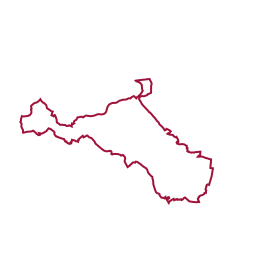 outline of Pauleni-Ciuc, Harghita, Romania, rotated 208°
{"feature_id": "2599482B85925505294604", "entity_name": "Pauleni-Ciuc", "entity_type": "district", "adm_level": 2, "iso_a3": "ROU", "parent_name": "Romania", "parent_adm1": "Harghita", "projection": "orthographic", "projection_center": [25.907, 46.396], "detail": "fine", "context": "isolated", "style": "outline", "palette": "rose", "viewbox_px": 256, "rotation_deg": 208, "n_neighbors": 0, "source": "geoboundaries", "source_scale": "gbopen_adm2", "svg_char_len": 5728}
<svg xmlns="http://www.w3.org/2000/svg" viewBox="0 0 256 256"><g transform="rotate(208 128 128)"><path d="M143.4,173.4L143.0,173.2L139.4,173.6L138.4,173.5L136.1,172.6L134.4,169.8L133.0,168.1L132.4,167.7L132.7,164.3L133.1,162.7L134.1,160.1L134.6,159.3L134.7,158.1L137.3,158.9L138.0,158.8L139.4,156.6L139.8,155.2L140.7,154.9L141.4,154.4L142.0,153.7L142.2,153.2L142.6,152.7L143.6,151.9L145.5,150.7L146.5,150.0L147.2,149.0L147.9,148.5L148.3,148.1L148.7,147.5L149.4,146.0L150.1,145.0L151.2,144.1L153.4,142.9L154.8,141.2L155.4,140.4L155.7,139.7L156.0,137.2L155.9,136.7L155.7,135.8L155.4,133.9L155.1,133.1L154.9,132.3L155.1,130.7L155.5,129.6L156.9,128.2L157.2,127.9L158.5,127.2L160.3,126.5L161.2,125.9L162.6,124.3L163.3,123.4L165.7,121.4L167.5,120.5L170.3,119.5L171.3,118.9L171.7,118.3L172.1,117.2L172.7,116.3L173.2,116.6L174.5,116.0L175.2,115.6L176.5,114.4L177.6,113.7L177.5,111.6L177.6,110.9L178.7,109.0L178.5,106.9L177.8,106.8L178.6,105.3L179.5,105.4L179.1,104.1L178.4,102.9L181.2,102.8L181.6,101.9L183.3,100.9L185.0,101.2L185.9,100.5L186.4,100.4L187.6,100.0L189.4,98.9L191.0,99.3L193.4,99.5L195.0,101.9L196.8,103.7L198.8,105.1L199.2,104.8L199.3,104.3L199.2,103.4L201.6,103.4L201.7,104.4L202.0,105.3L202.2,107.1L202.5,107.0L203.8,106.9L208.9,107.5L210.2,109.1L210.9,109.7L211.8,110.1L213.6,110.6L214.5,110.7L215.1,110.5L217.4,111.3L218.9,112.3L219.4,110.1L219.7,109.5L220.1,108.5L220.8,107.5L222.5,105.8L223.4,103.6L223.9,102.1L223.9,101.8L223.7,101.5L222.8,100.6L222.4,100.0L222.2,99.3L222.4,99.3L222.3,98.9L222.0,99.0L221.1,97.2L220.4,96.0L220.4,95.3L220.6,94.2L220.7,93.7L220.8,93.0L221.4,92.6L222.1,91.6L225.2,89.4L226.6,88.7L227.2,88.7L226.7,85.6L226.2,84.7L225.8,83.7L225.7,83.4L225.9,82.9L225.6,82.5L224.0,81.9L222.9,79.3L222.1,78.5L219.9,77.0L219.5,76.4L218.8,75.1L218.4,74.6L214.8,77.7L213.2,78.6L211.8,79.6L211.2,80.1L210.8,80.9L210.5,81.1L210.2,81.2L209.5,80.9L209.0,80.9L208.7,80.7L207.3,80.5L205.7,79.8L204.6,80.0L203.8,79.6L202.6,80.4L202.5,80.7L202.8,81.4L203.8,81.9L201.5,82.5L200.3,84.1L198.6,86.9L198.0,90.4L197.9,90.5L197.5,90.4L195.9,90.8L195.6,90.6L191.6,90.1L190.7,89.5L190.6,88.8L189.8,87.8L187.9,86.9L187.6,87.1L186.7,86.9L186.4,87.0L185.5,87.0L185.0,87.3L183.7,87.2L183.1,87.3L181.9,87.7L180.8,87.8L179.1,88.2L178.6,87.5L178.1,87.5L177.9,87.2L177.6,87.1L177.5,86.9L176.9,86.6L176.4,86.7L176.2,86.9L176.1,86.6L175.5,86.5L175.2,86.6L174.8,86.6L174.5,86.4L174.0,86.4L173.8,86.5L173.3,86.4L172.0,86.5L172.1,87.7L172.0,88.2L171.0,88.1L171.6,89.9L171.4,90.0L171.4,90.4L171.8,91.0L171.9,91.3L169.1,92.0L167.7,91.8L166.3,92.4L165.8,92.4L166.1,92.9L166.4,93.7L165.8,94.1L166.3,95.0L164.3,99.9L162.8,98.9L160.7,102.2L159.6,102.1L159.0,101.8L158.3,101.6L157.5,101.6L156.6,101.8L155.1,101.9L151.0,100.2L150.2,99.7L149.8,99.2L149.1,98.9L142.0,97.3L138.9,96.8L136.9,97.0L136.1,97.3L135.8,97.6L135.3,97.7L134.0,98.8L133.8,98.8L133.0,99.5L132.5,99.7L131.7,99.4L131.3,99.1L131.0,98.6L130.9,98.2L130.6,98.0L130.6,97.6L130.4,97.4L130.4,97.2L130.1,97.1L129.6,97.3L129.6,97.5L127.5,98.9L125.1,100.1L122.3,100.7L121.1,100.4L119.9,101.8L119.4,101.8L119.2,101.5L117.8,101.2L116.6,100.4L116.3,100.0L115.5,97.4L115.4,97.1L114.5,96.3L110.0,93.3L109.1,95.1L108.7,95.7L108.7,96.8L108.1,97.6L107.8,99.1L107.6,99.7L106.5,100.5L105.6,100.6L105.5,101.8L104.1,102.4L102.0,102.2L101.0,102.0L99.5,102.0L98.9,101.7L96.5,101.2L92.9,100.9L91.5,100.2L89.7,98.5L88.8,97.8L85.4,96.6L83.6,96.3L82.9,95.3L82.7,94.9L81.4,93.6L80.3,92.2L79.4,90.4L75.4,86.4L73.1,84.5L72.0,84.2L69.3,84.5L68.6,83.6L67.3,82.8L65.7,82.2L64.5,82.7L63.3,83.1L62.7,83.5L62.8,83.9L62.9,84.1L62.8,84.3L62.4,83.2L61.3,84.1L60.1,85.7L59.6,86.1L58.7,85.3L58.9,85.1L59.4,84.0L59.8,83.5L60.3,83.1L57.9,81.7L57.0,81.0L56.8,80.9L56.9,82.6L56.8,82.9L55.3,85.6L54.4,86.9L53.3,85.9L52.4,87.1L52.4,87.3L51.2,88.3L50.7,87.8L48.6,89.3L48.4,89.1L47.8,89.5L47.4,90.0L46.8,89.6L46.2,90.5L46.0,91.2L46.0,91.5L45.9,92.0L45.1,93.4L40.9,92.4L39.5,92.0L35.2,93.5L32.9,94.5L30.5,96.0L31.8,97.2L32.0,97.1L33.2,98.4L32.8,100.2L33.1,100.5L32.8,101.3L32.8,101.6L32.0,102.6L31.9,102.6L30.5,104.2L30.1,104.8L29.7,106.2L29.9,106.6L29.4,107.2L28.8,107.3L29.4,108.6L29.6,109.7L30.0,109.8L30.8,110.2L31.1,111.9L31.2,112.3L31.2,113.1L31.5,113.3L31.5,113.7L31.7,114.1L31.6,114.4L31.7,114.8L31.1,115.7L30.4,116.0L30.0,115.8L29.7,115.8L31.5,124.7L34.1,132.3L36.1,131.5L36.4,131.3L36.5,131.3L39.4,138.3L39.9,139.3L41.0,138.9L41.9,138.7L43.5,138.5L45.6,138.0L48.0,137.8L48.8,137.6L50.0,137.2L51.8,136.0L52.8,135.5L52.6,136.4L52.1,137.6L51.7,138.2L53.0,141.1L54.0,140.5L55.6,139.2L56.3,138.8L56.9,138.6L58.2,137.2L59.5,136.8L60.1,136.4L60.3,136.1L61.0,135.8L63.4,135.3L63.5,135.7L64.7,135.4L66.0,138.1L66.6,137.7L67.7,139.8L68.0,139.8L68.4,139.7L70.1,139.9L70.8,139.9L72.9,139.1L73.9,138.3L76.0,137.4L76.8,137.5L77.3,137.3L78.1,137.9L77.3,138.9L77.9,139.2L77.3,139.8L77.9,140.4L78.2,141.0L78.8,141.5L81.0,142.9L81.3,142.2L82.5,142.2L83.6,142.1L83.7,142.3L84.8,142.8L85.2,142.9L87.9,141.8L90.1,141.4L90.1,141.6L88.5,141.9L88.6,142.2L89.6,141.9L89.6,142.2L90.0,142.2L89.5,142.8L89.0,143.8L88.7,145.1L89.8,145.4L91.7,145.5L93.7,145.3L93.7,144.9L93.7,144.3L94.0,143.6L94.3,143.2L95.4,143.6L96.5,144.4L98.1,144.9L98.3,145.2L99.8,145.4L101.0,145.8L101.4,145.8L102.1,146.1L103.7,147.4L105.7,147.8L107.1,148.6L109.9,149.8L110.5,150.0L110.8,150.0L114.3,151.5L116.1,152.0L116.6,151.9L117.1,152.0L117.9,152.5L123.3,154.3L126.1,155.3L127.2,155.8L129.3,157.3L130.4,157.8L131.7,158.7L132.0,158.8L131.9,159.1L132.2,160.4L132.0,161.1L131.6,161.9L130.9,162.5L130.1,163.0L129.0,163.4L126.9,165.6L126.5,166.1L126.6,166.8L126.3,167.3L126.0,167.4L124.2,169.9L126.0,173.5L126.8,175.0L127.3,175.8L127.7,177.6L128.2,178.6L129.4,179.6L130.9,180.5L132.0,181.4L142.7,174.0L143.4,173.4Z" fill="none" stroke="#9f1239" stroke-width="2"/></g></svg>